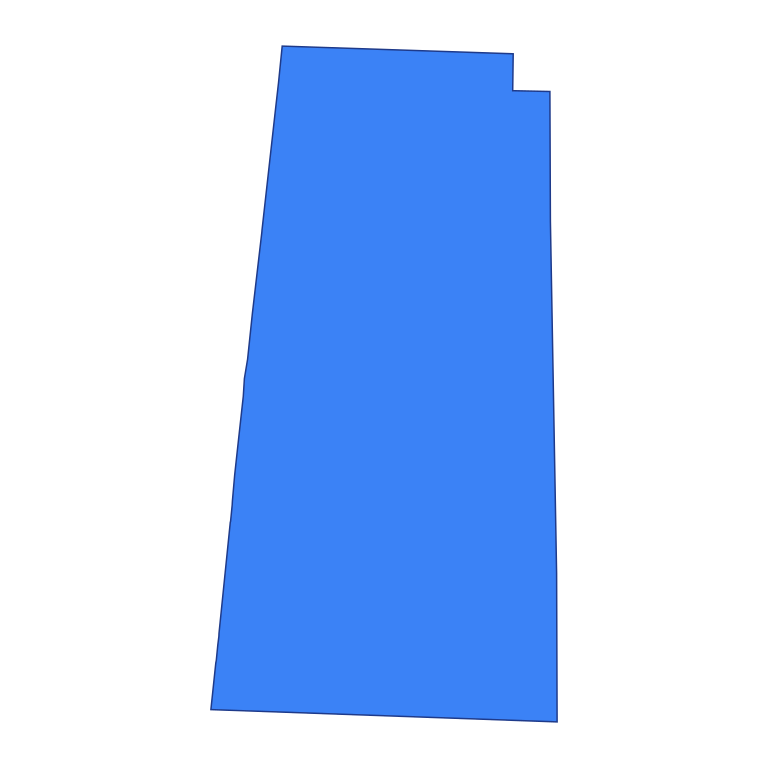 the district of Lamar, Alabama, United States of America
{"feature_id": "52423323B13336232488859", "entity_name": "Lamar", "entity_type": "district", "adm_level": 2, "iso_a3": "USA", "parent_name": "United States of America", "parent_adm1": "Alabama", "projection": "orthographic", "projection_center": [-88.184, 33.791], "detail": "fine", "context": "isolated", "style": "filled", "palette": "blue", "viewbox_px": 768, "rotation_deg": 0, "n_neighbors": 0, "source": "geoboundaries", "source_scale": "gbopen_adm2", "svg_char_len": 511}
<svg xmlns="http://www.w3.org/2000/svg" viewBox="0 0 768 768"><path d="M550.4,221.0L549.9,91.5L512.7,90.7L513.2,53.8L282.2,46.1L278.5,82.9L275.8,106.7L262.0,230.2L261.9,231.7L261.9,231.8L259.0,256.6L252.4,313.3L247.6,359.2L244.4,378.5L243.3,396.2L238.2,442.6L234.7,474.8L232.4,501.1L232.2,504.9L230.6,521.2L230.3,522.2L224.3,581.2L219.0,633.4L218.9,636.2L217.8,645.0L216.8,655.3L216.3,660.4L215.8,663.0L210.9,709.6L557.1,721.9L556.6,573.6L550.4,221.0Z" fill="#3b82f6" stroke="#1e3a8a" stroke-width="1.5"/></svg>